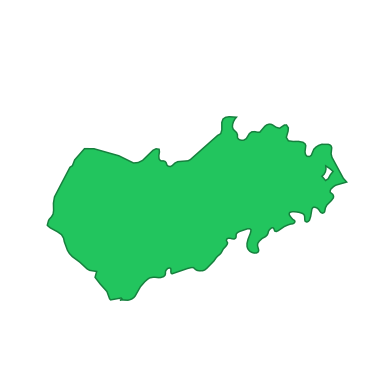 SVG path tracing the border of Pas-de-Calais, rotated 317°
{"feature_id": "FRA-5334", "entity_name": "Pas-de-Calais", "entity_type": "Metropolitan department", "adm_level": 1, "iso_a3": "FRA", "parent_name": "France", "parent_adm1": "", "projection": "natural_earth1", "projection_center": [2.469, 50.516], "detail": "fine", "context": "isolated", "style": "filled", "palette": "green", "viewbox_px": 384, "rotation_deg": 317, "n_neighbors": 0, "source": "natural_earth", "source_scale": "10m", "svg_char_len": 3488}
<svg xmlns="http://www.w3.org/2000/svg" viewBox="0 0 384 384"><g transform="rotate(317 192 192)"><path d="M65.4,222.1L67.9,222.5L67.9,221.2L58.9,215.4L58.9,213.9L61.9,206.8L62.1,196.9L62.9,188.3L68.1,185.1L63.7,179.5L62.8,176.6L62.1,166.7L60.4,157.7L60.4,153.4L61.2,149.6L64.7,141.3L66.6,138.2L67.5,134.2L66.5,129.4L63.9,121.6L63.5,118.7L63.5,117.6L67.5,115.1L68.9,114.6L72.3,114.3L75.4,113.4L78.2,111.1L83.0,105.7L88.1,101.8L119.6,90.7L122.5,91.2L128.1,88.5L142.9,87.0L149.8,93.5L163.2,115.6L169.0,130.9L172.8,133.8L177.4,135.2L192.0,134.9L195.2,135.9L197.1,138.3L195.5,140.5L192.5,142.8L190.5,145.3L190.3,147.5L191.0,148.6L192.2,149.6L193.1,151.2L193.1,152.8L192.0,155.4L192.2,156.9L193.5,158.6L195.4,159.2L199.3,159.2L202.3,160.1L210.4,166.5L212.9,167.2L249.4,168.1L251.9,168.8L253.2,168.7L256.2,166.9L261.3,161.4L264.5,159.8L267.5,160.3L270.5,162.3L275.5,167.6L273.1,167.9L270.4,168.8L267.9,170.2L265.9,172.0L264.9,174.3L265.1,178.9L264.3,181.1L262.7,182.8L262.2,183.6L262.1,185.2L262.5,186.4L263.3,187.7L264.3,188.7L265.2,189.4L268.1,190.0L273.9,188.4L276.8,188.8L279.1,190.7L280.6,192.9L282.3,194.5L290.1,193.6L292.5,193.9L294.7,195.0L296.0,196.4L296.7,198.0L297.6,201.9L299.5,205.1L305.2,206.0L306.8,207.4L306.2,210.8L303.8,213.0L298.2,216.4L297.4,220.3L300.4,224.0L304.4,227.6L307.1,231.4L307.5,234.0L306.8,235.7L302.0,239.7L300.6,242.0L300.4,244.3L302.3,246.3L304.3,246.5L310.3,243.8L313.3,243.7L316.4,244.3L319.4,245.6L324.2,250.1L325.0,251.7L325.1,253.4L324.3,255.0L319.8,258.9L318.0,262.1L312.0,285.2L311.9,290.2L302.5,285.4L301.1,284.9L299.1,284.6L295.5,284.6L293.8,285.4L292.9,286.5L293.3,289.6L293.1,290.7L292.5,291.8L291.4,292.7L288.2,293.3L281.8,293.5L278.9,294.5L275.5,296.9L274.2,297.0L272.9,296.4L272.3,294.8L272.4,293.2L272.7,291.6L272.7,290.0L272.4,288.6L271.7,287.3L270.9,286.2L269.6,285.8L268.0,286.3L262.1,290.8L258.7,292.7L257.0,292.8L255.5,292.3L254.8,290.7L255.4,289.4L257.6,286.8L258.3,285.6L258.4,284.3L258.1,282.9L256.5,280.0L254.8,277.8L252.4,275.2L250.9,274.2L249.4,273.6L248.2,274.2L247.5,275.3L247.3,276.7L247.1,278.1L247.0,280.8L247.4,282.0L247.5,283.0L247.2,283.7L246.2,284.3L245.0,284.3L243.9,283.9L241.9,282.5L239.4,281.4L235.9,280.2L228.7,279.1L226.7,278.4L225.9,277.1L226.3,275.9L226.9,274.6L226.9,273.4L225.7,272.5L222.9,272.4L220.9,273.0L219.5,274.0L217.8,274.7L215.4,274.8L211.6,273.8L207.7,273.8L205.1,274.4L203.6,275.6L202.8,276.8L201.5,279.4L200.6,280.5L199.1,281.0L197.5,280.5L195.8,279.0L194.9,277.6L194.3,276.2L193.9,274.8L193.9,273.5L194.0,272.1L194.4,270.8L195.1,269.4L197.2,267.1L200.7,264.8L206.1,262.2L208.1,261.0L209.4,259.8L209.2,258.3L207.4,256.7L199.9,253.3L197.5,252.7L195.5,253.0L193.5,255.0L192.3,255.5L190.7,255.1L189.3,253.4L188.3,251.8L187.1,250.6L185.8,250.1L184.2,250.7L183.8,251.7L183.3,253.5L181.9,254.3L179.7,254.8L176.0,255.0L171.8,256.4L169.9,256.6L167.2,256.4L165.1,256.5L160.9,257.4L150.7,257.9L148.2,257.7L146.2,256.9L143.6,254.6L142.3,252.9L141.7,251.1L141.6,249.7L141.5,248.3L139.8,246.7L136.8,245.0L121.6,238.2L121.4,237.0L122.3,235.7L123.5,234.6L124.3,233.3L123.7,232.1L122.0,231.3L119.2,231.6L117.9,232.5L116.8,233.7L115.4,234.5L113.5,234.5L110.7,233.2L109.1,231.8L106.8,229.1L105.5,227.9L102.4,225.9L99.8,225.5L96.3,225.4L89.6,226.1L79.5,229.3L77.5,229.5L75.1,229.2L72.9,228.3L71.3,227.4L66.9,222.9L65.4,222.1ZM300.6,275.2L305.2,273.7L309.2,273.2L308.7,268.5L307.6,264.1L305.6,266.6L303.3,268.2L300.6,269.1L297.8,269.1L297.5,274.7L300.6,275.2Z" fill="#22c55e" stroke="#15803d" stroke-width="1.5"/></g></svg>